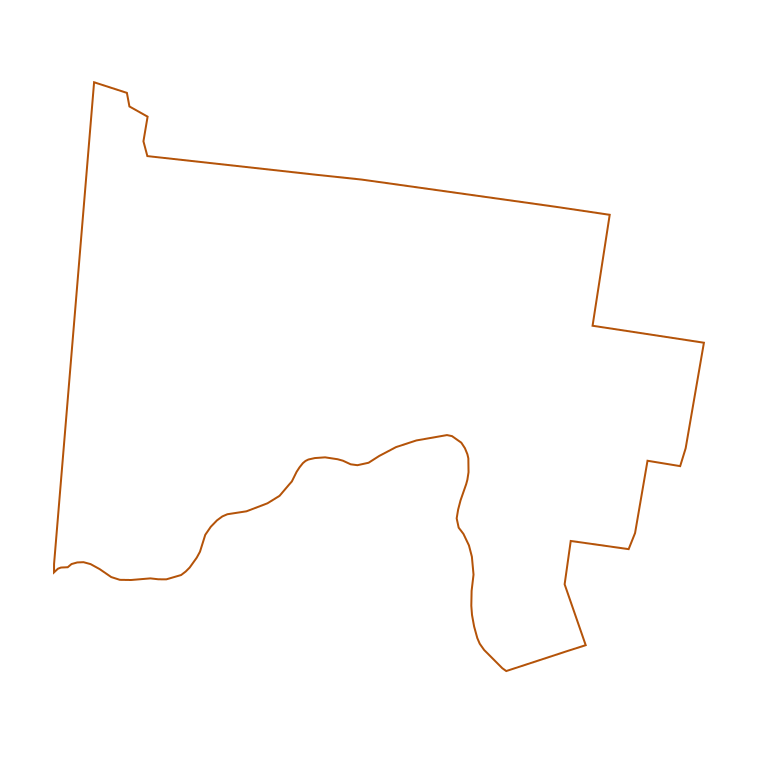 Scioto, Ohio, United States of America, rotated 5°
{"feature_id": "52423323B59045982564985", "entity_name": "Scioto", "entity_type": "district", "adm_level": 2, "iso_a3": "USA", "parent_name": "United States of America", "parent_adm1": "Ohio", "projection": "robinson", "projection_center": [-82.99, 38.793], "detail": "fine", "context": "isolated", "style": "outline", "palette": "amber", "viewbox_px": 768, "rotation_deg": 5, "n_neighbors": 0, "source": "geoboundaries", "source_scale": "gbopen_adm2", "svg_char_len": 1308}
<svg xmlns="http://www.w3.org/2000/svg" viewBox="0 0 768 768"><g transform="rotate(5 384 384)"><path d="M539.5,192.5L343.8,182.3L299.4,181.5L128.4,177.6L123.2,163.2L125.2,138.3L106.2,129.7L102.5,116.4L68.9,108.7L71.0,592.1L71.7,600.4L75.3,596.4L78.2,595.0L84.9,594.1L88.4,590.6L94.0,588.5L100.2,587.7L107.4,589.0L116.9,593.2L129.1,600.1L137.9,602.1L149.1,601.3L168.2,598.0L176.2,598.2L184.1,597.6L198.5,592.0L202.8,588.1L206.4,583.8L212.6,573.3L215.3,567.1L219.1,549.8L223.9,541.3L229.5,534.4L234.5,530.0L239.3,527.4L258.1,522.8L278.3,513.0L289.7,504.5L298.2,492.5L300.7,489.1L304.6,479.1L307.1,474.4L310.1,469.9L312.3,467.7L312.5,467.5L315.3,465.8L321.6,463.8L331.7,462.2L344.4,463.0L349.8,464.0L357.8,466.9L364.6,467.2L375.5,463.8L385.5,456.1L401.5,445.8L421.2,437.4L451.2,429.4L456.3,430.0L466.1,435.7L470.2,440.9L471.4,443.2L473.2,446.7L474.5,450.7L475.9,464.5L475.4,472.1L474.6,476.6L470.4,493.2L468.8,502.6L468.1,511.5L470.9,520.6L476.2,526.4L482.7,537.4L486.6,548.4L489.8,566.1L489.3,582.4L490.3,597.3L491.8,606.4L494.9,617.7L499.1,629.0L502.0,634.4L506.9,640.2L526.6,656.8L530.8,659.3L589.3,634.3L607.7,626.6L581.4,567.8L583.7,524.1L642.1,527.2L647.1,510.6L653.2,437.5L686.2,440.0L690.1,421.8L699.1,315.0L586.7,307.8L594.1,195.8L539.5,192.5Z" fill="none" stroke="#b45309" stroke-width="2"/></g></svg>